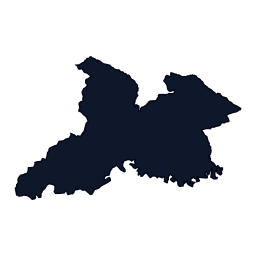 Ntsupe, Qacha's Nek, Lesotho
{"feature_id": "5366337B15703644997437", "entity_name": "Ntsupe", "entity_type": "district", "adm_level": 2, "iso_a3": "LSO", "parent_name": "Lesotho", "parent_adm1": "Qacha's Nek", "projection": "orthographic", "projection_center": [28.725, -29.92], "detail": "fine", "context": "isolated", "style": "filled", "palette": "ink", "viewbox_px": 256, "rotation_deg": 0, "n_neighbors": 0, "source": "geoboundaries", "source_scale": "gbopen_adm2", "svg_char_len": 5816}
<svg xmlns="http://www.w3.org/2000/svg" viewBox="0 0 256 256"><path d="M91.9,194.1L94.5,189.5L98.5,188.2L101.2,185.7L107.8,182.3L110.3,180.4L110.3,179.2L109.4,177.7L108.3,177.9L105.4,180.1L104.5,179.8L104.0,177.8L105.7,175.6L108.9,175.0L110.1,171.0L112.3,167.6L114.2,166.8L115.9,165.6L116.6,165.5L118.0,166.5L120.7,169.7L124.2,171.7L125.0,171.3L124.9,169.6L122.5,166.3L122.5,164.1L123.9,160.8L127.9,159.5L129.5,159.5L131.7,160.9L134.0,159.4L134.8,159.8L134.8,162.1L135.7,163.3L135.3,164.0L133.8,164.5L130.7,163.7L130.0,164.3L132.2,165.8L133.8,167.8L135.4,168.4L137.2,167.3L138.3,167.7L138.9,169.2L137.8,169.9L137.2,170.9L138.7,171.6L138.2,175.4L139.2,174.0L141.0,175.0L141.0,176.1L142.3,176.1L144.4,173.7L146.5,172.8L150.1,177.5L151.0,177.2L152.3,175.9L155.5,175.9L157.3,177.6L157.8,177.2L157.9,176.5L158.8,176.4L162.0,177.7L164.0,176.7L164.7,177.6L164.5,179.5L164.8,180.7L164.4,181.3L166.6,182.6L167.3,182.5L167.3,181.4L168.3,179.1L168.1,177.2L169.5,174.8L170.1,174.4L172.4,175.7L173.1,176.8L172.7,178.0L171.7,178.2L170.7,179.3L170.8,179.8L171.6,180.7L173.8,181.9L175.1,180.8L174.7,178.8L175.1,178.6L177.7,181.5L178.1,184.5L178.5,185.4L180.1,186.5L181.2,186.0L183.0,185.9L183.2,184.5L183.8,183.4L183.4,182.2L183.7,181.5L184.2,181.5L184.8,182.9L186.7,180.7L187.3,181.0L187.3,181.8L186.9,182.1L187.6,183.8L189.5,185.3L192.3,186.5L192.7,186.0L192.7,184.2L194.5,182.5L192.1,181.9L190.5,183.2L189.8,183.2L190.9,180.7L190.9,178.3L192.1,178.2L192.8,176.6L193.6,176.3L194.2,178.1L196.3,179.1L196.6,180.0L196.6,181.6L198.9,181.2L199.3,180.7L198.3,178.4L196.8,178.5L196.9,177.1L206.4,177.9L207.3,177.5L207.3,176.6L206.8,175.5L205.1,175.5L205.3,172.0L205.8,171.6L206.8,171.6L207.2,174.6L208.4,174.6L208.9,174.1L209.9,171.1L210.9,170.3L211.9,168.4L212.3,168.9L212.3,170.4L211.7,171.7L210.9,177.0L214.0,178.9L216.8,178.6L217.1,177.6L215.8,177.5L215.0,176.3L214.7,173.7L214.9,172.0L216.0,170.8L216.4,168.8L216.8,168.8L217.0,169.7L216.5,170.3L216.5,171.0L217.5,173.1L218.6,173.5L219.5,174.5L220.7,174.8L221.7,173.5L221.3,170.8L222.3,169.7L222.4,168.1L221.3,167.8L220.7,168.7L220.4,168.6L217.8,165.7L216.5,166.9L215.0,165.7L214.9,164.9L214.1,164.6L214.0,163.6L210.0,160.7L210.4,158.7L209.9,158.5L209.8,157.7L209.2,157.6L209.2,157.0L209.7,157.1L209.8,156.7L209.0,155.7L209.8,154.9L210.8,152.4L211.0,150.6L210.5,148.7L210.7,147.0L209.5,145.9L208.9,144.5L209.2,143.3L207.9,141.3L206.8,136.7L204.1,134.9L203.8,133.5L201.7,130.5L201.5,129.8L206.2,128.5L209.4,128.3L210.0,128.8L211.8,127.0L214.2,127.1L215.7,126.3L219.0,125.7L220.3,124.9L221.4,122.7L224.6,122.7L225.6,121.9L228.5,121.5L228.9,121.1L228.8,120.5L228.1,119.1L228.1,118.3L226.6,116.5L227.1,114.5L233.4,112.3L236.3,111.7L238.0,110.8L238.5,109.8L240.0,109.9L240.6,108.4L236.0,105.7L233.2,104.6L231.2,102.5L229.2,101.7L227.8,100.3L226.4,98.0L222.8,97.0L220.8,95.5L220.2,94.0L217.8,93.4L216.3,94.4L215.5,94.2L214.7,92.7L213.3,92.0L211.3,89.9L207.1,87.6L207.1,87.0L205.1,85.6L204.5,85.7L204.3,85.0L203.7,84.9L203.4,83.5L202.3,81.7L200.1,80.2L200.2,79.8L199.6,79.7L199.4,79.0L197.1,77.8L195.9,76.0L194.0,75.4L193.5,75.7L192.3,75.0L191.6,75.8L191.0,75.8L190.6,75.3L189.1,76.0L187.4,76.0L185.9,77.0L184.5,76.6L183.5,76.9L181.7,76.6L178.6,74.9L177.2,75.2L175.9,74.1L174.7,74.3L173.8,73.7L171.4,72.9L170.9,73.0L170.8,76.5L170.1,76.7L167.2,75.5L166.6,75.7L165.7,76.5L165.4,78.3L163.9,80.7L164.2,81.5L165.3,82.3L167.2,85.5L167.7,88.9L168.6,90.5L169.3,91.0L170.6,91.2L174.4,89.9L174.7,90.4L174.1,93.2L172.5,93.9L169.0,93.6L167.0,94.6L159.1,94.6L158.5,95.4L158.6,97.2L157.4,98.3L156.8,100.0L156.1,100.8L150.2,101.1L148.7,102.2L146.3,105.2L143.6,106.9L141.9,107.3L140.8,108.5L140.4,110.8L138.9,111.2L138.6,109.5L138.9,107.6L138.6,106.0L136.5,105.0L136.1,106.7L135.2,107.1L134.8,106.8L135.2,105.6L134.0,102.8L134.9,101.9L135.0,99.5L135.9,98.7L135.7,97.8L137.7,95.6L136.8,93.6L136.6,92.2L136.9,91.2L137.6,91.0L137.9,90.4L137.7,89.1L138.1,88.2L137.3,87.2L137.4,85.4L136.8,84.4L134.8,82.7L134.9,81.8L134.5,81.1L134.0,81.0L132.5,79.6L131.5,79.6L129.3,75.7L128.1,75.1L127.3,76.1L125.8,73.8L123.8,73.5L123.3,72.5L122.3,71.9L120.6,72.0L119.1,70.0L116.4,69.9L115.1,69.3L114.5,69.5L113.3,67.9L111.7,67.4L109.7,65.3L103.2,63.8L99.2,60.8L97.5,60.2L96.5,60.5L95.0,59.0L91.7,57.7L91.0,56.8L89.8,57.3L89.6,58.3L87.0,58.6L86.6,59.8L85.1,60.5L84.5,62.0L83.0,62.6L79.1,65.0L76.4,65.2L77.6,66.1L78.5,68.8L79.8,69.1L81.4,68.6L82.2,68.8L84.4,72.2L87.2,73.0L91.2,76.2L88.4,78.7L86.8,79.2L85.9,80.0L85.7,82.4L86.5,83.8L87.6,84.8L87.6,85.3L85.6,87.8L84.0,88.5L82.2,92.0L82.7,94.8L83.6,95.3L82.9,99.0L83.2,101.1L80.8,101.8L79.3,103.2L79.1,104.0L79.9,107.6L78.8,110.9L81.5,112.2L84.0,115.0L85.8,116.2L86.8,117.5L88.1,120.8L87.9,121.9L86.5,123.2L86.0,124.3L84.2,131.4L82.8,132.9L81.0,136.0L80.1,136.3L78.9,136.3L77.9,135.8L76.7,136.6L75.9,136.5L74.2,134.9L70.9,133.7L71.2,135.0L70.0,136.9L69.7,138.1L65.4,139.4L64.5,140.3L62.5,141.1L59.2,141.4L57.5,144.6L56.7,145.4L54.9,145.8L50.2,147.9L49.1,149.4L49.0,150.9L47.6,152.8L47.1,156.3L45.9,159.6L44.9,159.7L43.1,158.7L42.3,158.8L41.7,160.6L40.9,161.5L37.4,161.8L35.1,162.5L35.1,164.3L33.6,167.5L28.5,167.8L28.2,171.0L26.9,173.7L24.7,174.0L23.4,174.7L20.6,175.4L18.5,178.0L18.0,180.0L18.3,181.3L18.2,182.5L17.6,183.8L16.8,184.7L16.7,186.9L15.4,188.2L16.7,194.9L17.6,194.8L18.5,195.8L19.3,196.0L22.2,195.6L23.5,195.0L27.5,195.5L30.5,197.5L31.8,199.0L32.9,199.2L34.5,198.7L35.3,198.0L35.5,197.4L34.9,195.1L35.7,194.4L37.6,195.6L38.9,197.4L40.6,197.2L41.0,195.9L40.7,193.8L41.7,192.5L42.3,190.7L44.9,188.3L46.6,185.4L48.5,183.8L50.9,183.9L53.8,184.9L54.6,184.8L55.1,186.3L55.0,189.8L54.3,191.6L55.5,193.3L59.7,193.3L64.3,192.8L65.6,190.6L66.0,190.5L66.7,190.8L67.5,193.8L68.0,194.4L71.5,193.5L72.3,193.8L73.8,192.5L74.0,191.4L75.4,189.6L77.3,189.5L80.2,188.7L82.9,190.2L84.8,189.8L85.5,190.1L90.3,194.3L91.9,194.1Z" fill="#0f172a" stroke="#020617" stroke-width="1.5"/></svg>